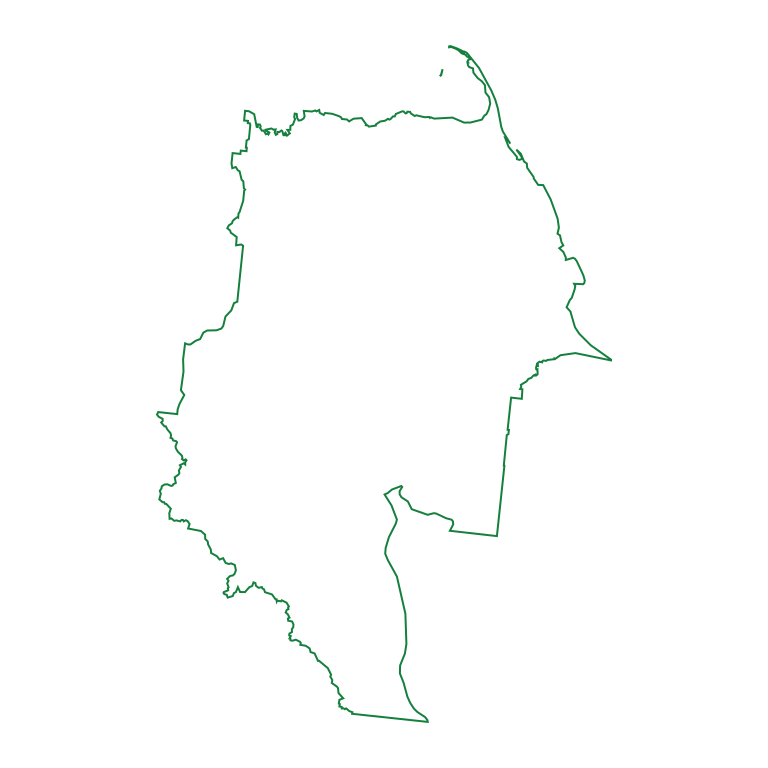 the district of Burdekin, Queensland, Australia
{"feature_id": "25037944B77283019061987", "entity_name": "Burdekin", "entity_type": "district", "adm_level": 2, "iso_a3": "AUS", "parent_name": "Australia", "parent_adm1": "Queensland", "projection": "albers", "projection_center": [147.381, -19.849], "detail": "fine", "context": "isolated", "style": "outline", "palette": "green", "viewbox_px": 768, "rotation_deg": 0, "n_neighbors": 0, "source": "geoboundaries", "source_scale": "gbopen_adm2", "svg_char_len": 6087}
<svg xmlns="http://www.w3.org/2000/svg" viewBox="0 0 768 768"><path d="M294.7,113.6L294.2,117.2L295.1,119.0L292.9,124.6L290.4,125.9L290.3,129.8L287.4,129.9L289.8,133.4L287.0,135.6L285.5,132.7L284.8,133.4L285.6,135.2L283.5,135.2L282.3,131.1L281.4,130.5L279.3,132.1L277.4,132.0L277.3,134.1L275.9,134.8L274.7,132.4L275.6,129.4L273.5,129.7L271.5,128.5L265.7,129.7L266.2,130.8L269.4,132.5L268.4,134.5L267.4,133.6L265.9,134.2L263.7,130.6L262.0,130.7L260.0,127.9L260.7,126.6L260.0,124.6L258.0,124.4L257.7,127.0L256.7,126.9L254.2,114.2L249.1,111.3L245.1,110.8L244.1,120.5L248.0,120.9L247.8,123.1L249.8,123.3L250.3,124.9L248.9,139.1L246.6,140.5L245.9,147.6L246.8,147.7L246.5,151.2L240.8,150.6L240.4,153.9L232.6,153.1L231.5,163.5L232.3,168.2L235.8,167.0L237.8,170.3L239.6,171.3L241.6,179.7L243.3,181.3L243.9,188.4L245.1,189.6L244.2,190.7L243.2,200.8L239.6,212.0L238.5,213.5L238.2,217.5L237.6,217.0L234.3,219.4L232.7,221.0L231.9,223.4L228.9,225.3L227.3,228.2L230.1,230.5L230.8,232.7L236.7,237.0L236.1,245.3L241.2,244.5L243.1,245.7L237.3,301.7L234.0,303.1L231.3,310.4L225.5,316.5L223.2,326.0L221.3,328.6L216.4,330.3L207.2,330.5L203.4,332.6L200.1,339.1L195.6,340.8L190.5,344.4L188.1,344.5L185.1,343.4L183.1,359.3L183.5,371.6L180.9,390.2L184.3,395.0L179.6,403.7L177.7,409.2L177.2,414.1L158.2,412.1L157.0,414.6L158.7,416.8L162.6,418.8L162.7,421.0L161.2,422.5L164.4,426.3L165.8,426.3L167.3,429.4L170.5,433.2L171.1,435.4L170.5,437.9L172.4,438.5L173.1,440.4L176.4,441.3L177.0,442.4L175.5,446.3L175.9,448.4L177.9,451.8L181.8,455.5L182.5,458.0L181.9,459.0L183.6,460.4L185.7,459.4L186.5,460.3L185.2,462.3L185.2,464.5L183.7,463.3L179.9,465.2L181.0,466.9L178.9,470.4L179.4,473.0L178.5,474.6L174.7,477.3L175.8,483.0L173.2,484.3L172.6,485.6L171.0,485.9L167.4,484.3L164.5,484.5L161.8,486.3L161.4,488.6L159.8,490.8L160.8,493.8L159.3,499.4L162.6,502.2L164.1,502.2L164.9,503.8L166.3,503.9L170.8,508.7L169.3,513.2L169.6,518.8L171.5,518.5L174.2,520.8L176.6,520.4L180.1,521.4L181.6,519.9L183.1,520.1L183.8,521.4L185.9,520.2L187.7,521.2L189.6,524.1L188.1,528.5L200.9,531.0L205.1,534.7L205.2,538.9L207.7,541.4L208.1,544.4L210.8,549.5L211.1,553.0L216.9,556.2L219.5,559.5L223.1,558.2L225.6,562.9L228.8,564.0L231.2,563.4L234.8,565.0L235.9,570.2L234.7,573.6L233.0,575.4L230.1,576.0L227.1,578.9L228.5,580.7L227.2,583.6L228.6,587.3L227.8,588.2L228.2,590.3L223.8,592.1L223.5,592.9L224.3,594.1L226.8,594.8L227.7,597.6L232.8,596.0L233.9,593.1L235.9,592.1L237.9,587.2L240.1,592.0L245.0,592.1L249.2,587.3L252.2,586.0L253.5,582.4L255.4,583.1L255.9,585.7L258.5,587.8L261.9,587.1L262.4,588.5L264.0,589.3L265.0,592.2L272.0,594.4L275.5,599.3L276.6,599.3L276.8,601.5L277.3,600.7L281.0,601.3L281.7,600.3L286.5,602.6L288.9,606.5L288.1,607.4L288.4,609.2L286.8,609.8L285.7,612.5L287.9,614.4L289.5,617.7L287.9,618.6L288.2,620.7L292.1,621.5L293.5,624.5L293.2,627.4L291.9,629.0L291.9,632.1L289.4,633.6L289.2,635.5L290.8,636.1L289.5,638.5L290.3,638.7L290.5,640.4L292.6,640.7L295.8,639.7L299.8,641.7L300.8,643.0L300.3,644.8L305.8,645.8L309.6,648.4L310.6,652.1L314.6,653.4L318.0,660.9L318.9,660.7L327.8,668.1L331.1,674.7L330.3,676.6L332.3,680.0L331.8,683.0L337.0,686.7L338.0,688.1L338.5,693.0L343.2,698.3L339.4,699.8L338.8,703.6L339.8,704.1L339.4,706.5L341.7,706.9L341.8,708.5L343.5,708.3L344.8,709.2L346.1,708.4L349.3,711.1L352.4,712.2L352.1,713.8L427.7,721.9L427.4,720.1L425.1,717.1L417.5,712.1L413.9,708.6L410.1,702.7L407.4,696.7L403.6,682.8L399.9,673.4L400.1,665.5L404.9,653.6L406.4,644.0L405.4,613.8L396.9,576.5L387.9,560.2L385.2,553.7L385.7,547.8L388.9,537.2L395.8,523.6L396.9,519.6L391.5,505.4L384.6,494.5L387.8,493.0L392.0,489.5L401.3,486.0L402.2,487.0L399.6,491.1L399.7,494.4L401.5,497.3L407.9,501.5L411.7,509.2L427.7,514.8L433.7,513.2L436.1,513.5L446.0,518.2L451.6,519.7L452.9,521.3L453.2,524.4L449.9,530.8L496.9,536.1L504.4,465.7L503.8,465.6L506.8,435.0L508.4,434.2L508.9,429.9L507.6,429.8L511.1,397.6L521.8,398.8L522.4,389.3L520.1,389.0L521.3,386.9L520.9,384.8L526.5,381.4L528.4,378.9L531.3,377.9L533.4,375.5L535.2,374.7L535.2,375.6L536.3,375.5L537.6,374.2L537.5,370.2L536.7,369.7L537.2,369.1L536.2,368.8L536.0,367.7L536.7,366.0L537.9,366.1L537.8,364.5L536.8,364.8L537.1,363.5L539.5,361.7L542.2,362.3L542.5,361.0L543.6,360.5L546.2,360.9L547.3,360.0L554.1,359.2L554.3,358.5L554.9,359.1L560.5,355.2L575.4,353.1L611.0,360.4L611.0,359.6L590.8,345.3L579.3,333.8L575.0,327.3L570.4,311.5L566.6,307.3L569.8,300.1L571.8,297.8L574.6,289.4L575.3,286.0L574.1,283.8L583.2,284.2L584.2,283.2L584.8,280.6L583.3,275.2L576.8,261.2L574.9,258.7L573.1,257.8L565.8,260.0L565.8,257.5L563.4,252.0L559.3,248.2L563.3,245.4L561.5,242.2L560.0,235.4L557.5,233.7L558.9,227.6L557.6,218.6L550.7,199.5L543.2,185.1L538.2,184.9L533.8,178.6L533.6,177.0L527.2,167.8L526.8,163.5L524.1,161.6L520.8,153.7L516.4,149.6L521.3,156.3L522.2,158.9L519.3,159.9L516.9,159.1L516.9,156.8L508.7,147.0L505.0,137.5L506.4,137.8L510.3,143.6L502.9,131.6L501.3,127.0L497.8,108.3L495.2,99.6L491.4,90.7L479.0,68.0L466.9,52.9L463.9,51.3L465.1,52.7L462.5,51.7L463.4,51.5L457.2,48.5L450.5,46.1L449.1,46.4L449.1,47.3L451.3,47.0L459.3,50.0L456.0,49.0L460.4,50.9L462.7,52.8L458.4,50.2L461.8,53.4L465.9,54.9L466.7,56.4L470.5,58.2L470.3,59.3L468.5,59.6L467.5,61.3L468.3,62.6L467.5,62.8L468.0,65.3L469.2,67.1L473.0,68.4L473.4,72.6L477.7,78.1L481.9,81.3L484.9,85.1L485.5,92.6L489.1,97.2L490.2,103.6L488.5,110.1L486.4,114.2L484.2,115.8L481.9,119.6L470.6,122.5L464.1,122.6L452.5,117.6L434.2,118.6L430.7,117.3L429.9,117.9L429.1,117.0L424.4,117.2L416.3,115.3L414.7,116.0L410.8,113.4L410.1,111.9L407.4,111.7L406.6,113.2L405.5,113.4L403.7,111.5L402.3,111.3L395.8,114.0L394.8,116.4L393.0,116.4L390.4,119.2L389.3,119.6L388.0,118.8L385.1,120.7L380.2,121.5L375.8,124.5L375.8,125.6L368.9,126.6L367.5,125.3L365.8,125.2L366.0,124.2L361.7,118.1L353.5,118.7L349.1,121.4L347.0,119.5L341.9,119.0L341.2,117.5L339.2,116.2L332.2,113.8L325.0,113.0L323.7,115.0L319.7,112.8L319.2,110.0L316.5,111.4L315.3,110.5L312.0,111.5L303.8,110.9L304.6,116.5L303.7,118.4L301.0,120.2L298.6,120.5L297.2,118.0L296.7,113.9L294.7,113.6ZM439.9,76.2L441.2,75.1L442.6,69.2L441.1,74.5L439.9,76.2Z" fill="none" stroke="#15803d" stroke-width="2"/></svg>